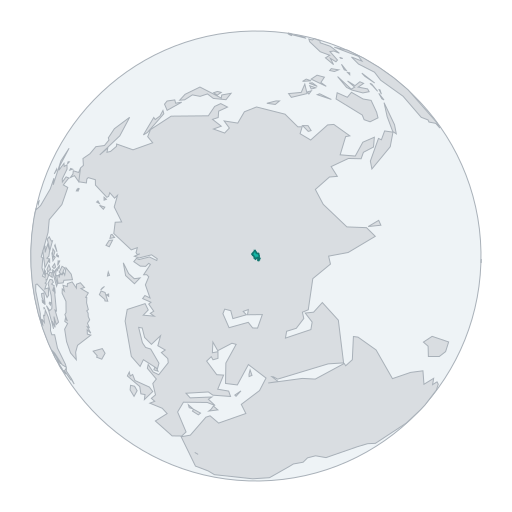 Osh highlighted on a globe, orthographic projection, rotated 269°
{"feature_id": "KGZ-1122", "entity_name": "Osh", "entity_type": "Region", "adm_level": 1, "iso_a3": "KGZ", "parent_name": "Kyrgyzstan", "parent_adm1": "", "projection": "orthographic", "projection_center": [73.025, 40.164], "detail": "fine", "context": "on_globe", "style": "filled", "palette": "teal", "viewbox_px": 512, "rotation_deg": 269, "n_neighbors": 0, "source": "natural_earth", "source_scale": "10m", "svg_char_len": 13013}
<svg xmlns="http://www.w3.org/2000/svg" viewBox="0 0 512 512"><g transform="rotate(269 256 256)"><circle cx="256" cy="256" r="225" fill="#eef3f6" stroke="#a8b0b8"/><path d="M296.5,34.4L296.4,34.4L301.9,35.6L305.7,36.5L310.2,41.5L326.7,51.5L337.3,55.3L330.7,54.5L354.5,62.6L367.0,71.0L349.6,61.4L345.2,60.4L351.9,65.6L348.9,65.8L350.4,68.6L346.2,68.6L336.4,63.6L333.4,63.7L338.4,67.5L337.3,70.2L330.4,64.6L327.8,69.0L310.8,62.8L296.0,49.9L283.2,48.5L258.9,41.2L257.7,42.8L247.8,41.8L242.7,43.4L239.6,42.1L238.2,44.6L242.0,45.5L242.7,47.0L240.0,48.2L235.7,46.6L236.3,45.7L233.7,45.9L232.6,44.7L231.7,46.0L226.7,44.3L227.7,47.8L220.4,48.0L218.2,46.4L223.6,44.2L231.8,36.6L231.3,35.3L225.0,35.1L202.2,39.3L199.4,39.2L191.8,40.8L190.9,41.6L196.6,40.8L193.1,43.3L200.4,42.6L200.0,43.7L205.5,44.4L199.0,47.1L189.8,49.5L185.0,49.2L180.8,50.5L180.8,53.3L167.4,55.9L151.0,63.6L148.1,64.3L150.7,60.2L162.3,53.1L165.7,49.9L157.7,55.0L150.7,57.6L147.2,59.5L144.2,61.5L144.6,61.8L141.1,63.6L147.6,58.7L150.9,56.9L148.8,58.3L154.2,55.3L157.8,53.3L172.2,46.9L187.1,41.5L202.3,37.2L217.8,34.0L233.5,31.8L249.3,30.8L265.1,30.9L280.9,32.1L296.5,34.4ZM299.5,35.0L303.5,35.8L307.9,37.1L302.3,35.7L298.7,34.8L299.5,35.0ZM314.8,40.1L311.3,39.2L312.6,38.7L314.2,39.4L314.8,40.1ZM345.6,58.3L341.6,55.7L346.5,58.2L345.6,58.3ZM351.4,69.1L353.5,69.8L353.4,71.0L351.4,69.1ZM208.6,43.0L207.1,43.7L206.9,43.2L208.6,43.0ZM212.5,42.8L213.4,41.7L215.3,41.5L214.7,42.2L212.5,42.8ZM346.8,72.2L346.0,74.2L345.1,71.3L346.8,72.2ZM210.9,44.3L218.7,41.2L222.1,40.9L222.7,43.3L210.9,44.3ZM344.4,74.8L342.6,80.1L347.1,82.1L333.3,80.1L339.5,75.9L337.7,71.8L341.2,74.4L344.4,74.8ZM244.4,45.3L240.2,44.4L246.1,44.1L244.4,45.3ZM248.0,44.8L265.1,42.9L269.9,45.3L263.2,45.2L271.3,47.8L265.2,49.8L259.4,48.9L257.5,46.9L256.6,49.3L248.0,44.8ZM326.0,78.4L324.1,79.2L324.2,77.5L326.0,78.4ZM243.4,47.6L246.4,46.8L250.8,48.8L245.5,50.6L245.8,49.4L243.4,47.6ZM276.5,47.6L278.8,49.6L274.5,51.7L274.8,52.8L265.5,50.1L276.5,47.6ZM243.5,49.6L242.7,51.6L238.2,51.9L240.7,48.5L243.5,49.6ZM254.1,48.5L256.0,49.6L253.2,49.6L254.1,48.5ZM222.0,54.6L225.6,53.3L228.1,54.1L222.0,54.6ZM242.7,52.4L244.3,52.3L245.7,52.6L244.3,54.0L242.7,52.4ZM263.1,51.9L260.8,52.5L266.7,53.1L263.7,55.0L258.1,52.9L259.2,54.6L258.3,55.2L254.7,52.9L263.1,51.9ZM247.1,56.4L238.9,54.9L231.8,56.9L229.3,56.1L241.2,53.0L247.1,56.4ZM251.9,54.5L248.4,55.4L247.1,53.8L248.7,52.2L251.9,54.5ZM263.7,57.1L269.8,54.8L270.8,55.3L263.7,57.1ZM245.3,57.2L247.3,57.6L244.9,57.5L245.3,57.2ZM258.4,57.4L260.3,56.4L261.5,57.1L258.4,57.4ZM249.7,59.3L247.0,58.8L248.0,57.6L249.7,59.3ZM253.9,58.7L254.9,59.9L250.0,57.5L254.6,58.1L253.9,58.7ZM259.1,58.2L260.4,58.3L258.1,58.6L259.1,58.2ZM247.4,64.5L241.0,61.7L243.2,59.0L249.1,61.9L247.4,64.5ZM33.3,248.7L38.1,210.6L41.9,204.5L47.0,191.8L76.6,178.0L78.0,187.2L95.7,203.1L97.0,207.3L89.6,215.7L98.7,243.1L107.9,238.7L121.4,257.2L133.8,263.9L147.6,246.5L127.4,235.1L129.1,223.3L149.5,224.0L168.0,234.6L169.2,230.4L162.0,216.1L170.7,211.4L160.0,210.7L161.0,216.3L154.3,216.2L153.0,211.2L156.1,209.5L151.8,204.8L138.0,214.7L137.5,221.5L123.5,215.4L121.4,226.3L116.0,228.1L117.6,210.5L120.9,206.0L120.0,183.6L115.3,187.7L115.8,209.4L113.6,205.9L107.2,212.5L110.4,204.8L111.1,180.9L101.4,174.9L81.3,183.0L77.3,178.6L77.6,169.0L92.8,152.5L100.0,164.4L105.4,159.6L110.7,147.3L112.5,152.2L115.5,148.9L118.9,153.1L130.3,150.6L134.7,154.2L145.6,145.4L149.4,146.3L141.8,151.1L139.0,156.7L150.8,166.4L155.0,166.0L161.1,159.7L163.6,163.6L168.0,156.3L178.0,159.2L169.5,149.9L176.5,143.2L186.0,141.0L186.7,137.4L171.3,140.9L166.5,144.0L164.8,149.1L150.5,157.1L145.0,155.5L154.3,141.6L147.6,138.2L157.8,129.6L193.2,124.0L204.8,126.3L210.3,144.3L203.9,147.3L198.8,142.2L197.6,153.3L200.5,149.3L202.6,152.8L209.8,147.9L211.6,150.2L215.4,141.9L218.4,144.2L215.9,149.3L229.1,144.9L237.1,148.4L239.2,146.4L239.2,143.3L249.4,150.3L250.5,148.6L247.6,145.5L247.9,140.1L252.5,133.7L255.7,136.4L254.5,139.1L256.9,149.4L253.2,156.7L255.0,157.2L259.0,151.6L256.1,139.0L257.9,134.4L260.2,139.9L259.5,137.5L261.4,136.1L266.4,137.5L264.3,131.4L281.0,114.2L292.2,115.8L292.4,122.3L307.5,115.1L319.1,118.6L316.3,115.6L321.8,110.9L318.2,109.7L317.3,107.9L329.7,96.7L335.1,96.7L337.3,89.6L335.9,88.2L332.0,87.7L333.3,80.1L347.1,82.1L349.6,85.0L356.5,84.7L361.1,91.7L368.1,97.8L369.1,106.4L374.5,111.0L376.7,110.4L385.7,116.6L396.9,132.1L378.5,121.9L359.8,101.5L366.6,109.7L362.3,108.8L363.1,112.4L368.1,118.5L370.4,118.6L364.3,134.9L371.0,154.7L377.2,149.8L384.2,152.7L397.3,173.6L397.0,210.8L406.3,217.3L409.0,223.4L405.4,230.1L401.5,221.2L395.1,220.6L393.4,214.9L386.4,223.5L383.7,215.7L379.5,226.8L384.4,231.6L391.6,226.5L389.2,240.1L400.4,246.9L405.0,259.1L397.3,287.5L384.4,300.1L384.4,304.4L377.5,302.2L371.0,312.7L385.8,329.9L386.2,336.1L374.5,351.9L373.8,347.7L355.7,341.9L354.2,357.0L367.9,364.8L372.7,376.4L362.9,375.4L357.8,365.2L351.4,362.8L351.9,350.1L344.1,332.7L334.2,338.7L333.7,330.8L321.5,316.5L306.5,324.1L283.5,347.4L282.4,367.0L273.6,375.6L257.9,348.2L254.6,328.6L246.6,330.3L232.4,312.4L201.3,307.3L199.0,301.4L192.7,302.7L183.0,295.0L180.2,285.3L173.4,284.0L181.5,309.6L189.0,311.0L198.1,304.2L198.8,312.6L208.3,321.5L190.4,337.2L147.6,341.7L146.9,326.3L132.5,275.5L134.9,271.3L135.0,270.7L135.1,269.7L130.1,276.0L128.8,266.0L132.8,300.3L131.9,313.1L147.0,342.3L144.7,343.8L150.6,350.5L173.8,352.0L173.1,356.6L160.0,374.4L131.0,390.3L136.9,408.5L138.3,420.9L124.8,421.7L130.6,431.5L124.3,430.3L127.0,434.8L124.6,436.0L118.8,434.0L103.9,422.2L99.3,417.7L86.3,403.3L66.6,372.1L66.4,364.3L63.5,353.9L53.2,322.5L55.2,312.1L53.3,304.0L49.0,299.5L47.4,289.7L45.1,285.8L34.1,265.6L33.3,248.7ZM60.7,191.3L58.6,194.7L60.7,191.3ZM183.9,256.3L197.3,261.3L197.4,246.5L202.6,247.4L200.8,242.2L197.4,245.4L193.8,231.8L201.8,229.8L203.4,223.8L198.9,221.9L184.8,227.8L189.8,247.1L184.1,251.4L183.9,256.3ZM150.4,57.8L149.7,58.3L146.3,60.4L147.0,59.7L150.4,57.8ZM136.5,69.4L131.1,72.0L135.5,69.4L135.4,68.6L144.5,62.5L147.2,64.4L144.3,64.4L136.5,69.4ZM157.5,55.6L151.4,58.8L158.0,55.3L157.5,55.6ZM128.9,128.3L127.9,132.3L123.4,134.8L117.8,131.6L124.3,127.8L128.9,128.3ZM127.5,137.5L138.3,125.3L142.2,127.3L138.2,128.1L139.7,130.6L133.6,132.8L126.8,147.1L122.3,150.4L114.4,141.9L119.4,142.6L120.2,138.5L127.5,137.5ZM159.0,95.5L163.7,91.5L166.1,100.7L161.4,103.4L155.5,100.0L157.6,94.9L159.0,95.5ZM210.5,49.6L212.2,48.4L213.4,48.7L213.0,50.0L210.5,49.6ZM223.5,54.0L204.5,55.5L205.5,54.1L193.3,57.4L191.0,55.1L199.0,52.9L188.1,53.9L194.4,51.1L186.7,52.3L204.7,47.8L210.0,45.6L205.0,48.8L206.9,50.9L209.4,51.1L220.1,50.5L232.3,47.6L236.2,49.6L235.7,51.9L233.3,52.9L231.5,51.1L229.7,53.8L225.3,52.1L223.5,54.0ZM227.5,84.0L226.5,80.4L222.0,87.7L217.6,85.0L217.4,86.1L212.1,85.8L205.3,87.4L204.1,85.8L201.9,87.1L198.4,87.2L195.1,88.6L191.7,86.3L187.4,88.0L188.3,86.0L181.7,89.5L185.1,85.9L180.8,86.0L179.8,89.5L169.8,76.0L163.0,74.0L155.4,74.5L162.3,68.9L173.7,65.1L186.2,63.4L191.8,66.5L193.9,63.7L197.2,64.4L194.2,66.3L200.8,63.9L202.7,65.1L213.9,65.2L222.2,61.5L226.5,61.7L224.2,63.8L230.1,62.5L228.7,66.7L231.7,67.0L233.3,71.7L227.0,75.9L230.9,76.0L232.3,79.9L227.5,84.0ZM247.6,65.8L241.1,70.9L235.5,72.1L235.1,63.5L232.5,62.7L232.1,57.7L240.2,56.2L239.6,57.7L240.8,58.8L237.8,58.8L241.2,59.7L240.5,61.9L242.9,63.2L240.2,64.4L247.6,65.8ZM101.8,206.1L103.5,208.4L106.7,210.8L102.8,215.2L101.8,206.1ZM102.0,189.8L103.9,190.8L99.9,197.8L98.2,195.6L102.0,189.8ZM108.4,185.8L104.3,190.3L105.5,186.6L108.4,185.8ZM144.0,151.9L146.5,152.8L145.4,154.6L142.5,156.0L144.0,151.9ZM213.4,107.0L213.7,104.2L215.3,104.0L220.1,98.7L223.7,100.5L222.2,104.4L213.4,107.0ZM142.2,248.1L136.7,249.9L135.6,247.0L137.8,246.9L142.2,248.1ZM117.3,232.4L121.4,238.6L116.1,233.6L117.3,232.4ZM218.2,108.0L219.8,105.6L220.6,108.0L218.2,108.0ZM226.6,101.6L228.2,104.0L224.7,100.1L226.6,101.6ZM245.1,481.0L245.4,481.0L249.0,481.2L245.8,481.0L245.1,481.0ZM172.6,430.7L166.7,447.1L157.1,443.9L152.3,437.5L152.5,426.6L162.8,426.5L167.0,421.9L172.6,430.7ZM415.6,384.2L420.2,382.0L419.9,382.9L415.6,384.2ZM411.0,384.6L416.5,381.6L409.8,386.7L411.0,384.6ZM418.5,380.5L424.1,375.7L426.6,372.9L425.9,374.7L418.5,380.5ZM407.1,386.7L384.8,396.8L375.7,398.4L378.1,394.9L393.0,389.6L407.1,386.7ZM377.4,395.1L362.9,392.1L341.0,373.4L348.9,372.0L371.4,380.5L370.0,383.4L378.8,386.8L377.4,395.1ZM411.1,365.8L409.6,373.8L397.6,379.1L392.0,380.4L388.2,372.4L390.4,366.5L395.1,364.7L411.6,338.8L417.8,340.0L413.1,350.1L418.0,354.3L411.1,365.8ZM283.5,368.7L289.5,379.3L284.6,381.4L283.5,368.7ZM417.1,322.5L411.2,334.1L416.2,320.1L417.1,322.5ZM419.2,310.3L420.2,314.2L417.0,311.7L419.2,310.3ZM385.4,310.3L380.4,313.3L379.7,310.4L385.6,304.8L385.4,310.3ZM408.5,269.5L410.7,278.7L410.6,282.2L407.2,277.9L408.5,269.5ZM251.5,123.2L240.7,128.3L235.4,133.9L236.1,139.7L230.4,134.0L238.7,125.3L251.5,123.2ZM277.0,114.9L276.2,110.3L279.6,111.2L280.2,112.4L277.0,114.9ZM274.4,112.9L267.8,109.4L269.3,106.2L274.2,109.5L274.4,112.9ZM242.7,108.0L239.2,109.2L238.6,107.1L242.7,108.0ZM419.8,410.6L419.4,411.0L386.4,439.0L380.7,442.1L385.5,438.0L386.9,431.3L389.1,430.3L391.8,423.6L413.2,405.8L429.6,383.7L437.7,377.7L446.1,361.9L453.3,354.9L449.0,365.4L453.8,362.0L463.4,337.9L460.2,351.1L452.0,367.1L442.4,382.5L431.7,397.0L419.8,410.6ZM426.9,377.7L433.8,367.9L437.0,365.0L426.9,377.7ZM478.3,292.2L478.3,292.7L478.4,292.1L478.4,291.9L478.3,292.2ZM471.0,316.1L472.3,318.1L470.1,323.6L468.0,324.0L464.4,333.9L457.3,342.9L459.6,337.4L459.1,333.5L450.5,340.9L448.8,339.3L452.3,333.8L446.0,336.9L452.9,328.9L455.4,333.2L459.1,323.8L464.6,318.2L469.2,313.5L472.0,312.6L471.0,316.1ZM452.1,344.3L453.2,343.1L452.0,346.2L452.1,344.3ZM477.9,292.8L478.1,293.2L477.9,294.4L477.7,295.3L477.9,292.8ZM472.8,309.9L476.2,297.4L476.7,295.8L474.4,306.9L472.8,309.9ZM475.8,295.3L476.9,292.9L477.3,294.4L477.0,295.9L475.8,295.3ZM437.9,350.7L437.5,352.9L435.6,352.9L437.9,350.7ZM440.6,347.5L446.2,344.8L439.9,349.6L440.6,347.5ZM421.2,354.1L423.1,357.6L429.4,350.6L424.6,358.0L428.4,362.9L426.7,366.6L423.1,361.1L421.1,370.5L418.3,372.0L417.2,365.7L420.2,355.0L423.0,349.5L434.0,340.7L421.2,354.1ZM440.7,341.9L439.1,337.6L440.2,332.9L442.0,334.5L440.7,341.9ZM433.6,327.5L428.4,323.9L424.4,329.2L431.9,314.2L435.7,320.2L433.6,327.5ZM428.2,315.3L424.5,320.2L427.9,312.1L428.2,315.3ZM423.1,318.6L422.0,314.1L425.3,312.7L423.1,318.6ZM430.2,314.2L429.8,305.6L432.0,309.3L430.2,314.2ZM418.8,304.1L427.0,307.8L417.5,309.9L414.0,294.1L417.8,291.4L418.8,304.1ZM420.2,224.1L417.5,220.0L420.0,216.5L421.2,220.3L420.2,224.1ZM425.9,202.9L419.8,214.3L414.5,224.0L417.6,224.6L419.1,233.9L412.8,228.7L414.3,216.1L418.9,210.3L416.6,202.9L418.2,195.2L413.4,187.4L413.1,182.4L418.9,187.9L425.9,202.9ZM411.1,184.4L403.2,169.7L409.4,167.2L412.5,169.8L413.5,177.5L410.2,178.3L411.1,184.4ZM403.1,165.5L399.8,166.3L381.4,149.6L379.0,145.5L396.3,156.2L394.2,157.6L397.6,162.4L403.1,165.5ZM326.3,80.4L324.3,79.3L326.7,79.5L326.3,80.4ZM315.3,107.4L314.5,105.1L317.4,105.1L315.3,107.4ZM313.9,98.9L311.2,100.4L312.7,97.6L313.9,98.9ZM305.4,104.2L309.4,100.4L307.5,105.7L305.4,104.2Z" fill="#d9dde1" stroke="#a8b0b8" stroke-width="1"/><path d="M261.4,254.6L261.3,254.8L261.3,255.0L261.5,255.2L261.5,255.3L261.4,255.3L261.2,255.3L260.9,255.5L260.7,255.6L260.4,255.9L260.0,256.2L259.9,256.2L259.8,256.3L259.6,256.2L259.4,256.2L259.3,256.3L259.2,256.3L258.9,256.4L258.9,256.5L258.8,256.8L258.7,256.8L258.6,257.0L258.5,257.3L258.4,257.3L258.4,257.5L258.5,257.7L258.6,257.8L258.7,258.0L258.7,258.3L258.5,258.5L258.4,258.7L257.8,258.8L257.5,258.7L257.4,258.7L257.0,258.8L256.9,258.9L256.9,259.0L256.7,259.1L256.4,259.2L256.2,259.2L255.9,259.2L255.7,259.2L255.4,259.2L254.9,259.0L254.7,259.1L254.4,259.1L254.2,259.2L253.9,259.3L253.7,259.5L253.6,259.8L253.5,259.7L253.4,259.6L253.2,259.5L253.1,259.4L253.1,259.2L252.9,259.2L252.7,259.2L252.4,259.4L252.3,259.5L252.2,259.5L252.1,259.4L252.0,259.2L252.1,258.9L252.1,258.7L251.7,258.8L251.4,258.7L251.5,258.4L251.4,258.2L251.5,258.1L251.5,257.9L251.8,257.8L251.9,257.7L252.0,257.7L252.2,257.8L252.3,257.8L252.7,257.9L252.8,257.9L252.9,258.0L253.0,258.0L253.3,258.0L253.6,258.1L253.8,258.0L254.0,257.9L254.3,257.8L254.5,257.7L254.5,257.4L254.4,257.3L254.4,257.2L254.2,257.2L254.0,256.9L253.9,256.9L253.8,256.7L253.8,256.4L253.7,256.3L253.7,256.2L253.5,255.9L253.6,255.7L253.2,255.5L252.9,255.6L252.8,255.4L253.1,255.3L253.1,255.2L253.4,254.8L253.5,254.8L253.6,255.0L253.8,255.0L254.0,255.1L254.2,254.9L254.0,254.7L254.0,254.4L254.1,254.2L254.2,254.3L254.3,254.4L254.4,254.5L254.5,254.5L254.8,254.6L254.9,254.4L255.0,254.4L255.2,254.1L255.3,254.0L255.6,253.9L255.9,253.8L256.1,253.6L256.3,253.6L256.4,253.4L256.5,253.2L256.7,252.9L256.7,252.7L256.8,252.7L257.0,252.6L257.3,252.4L257.7,252.4L257.8,252.3L257.8,252.2L258.0,252.3L257.7,252.6L257.8,252.7L257.8,252.8L258.0,252.9L258.1,252.7L258.3,252.5L258.4,252.3L258.5,252.2L258.6,252.3L258.6,252.5L259.0,252.8L259.4,253.2L259.5,253.2L259.5,253.3L259.6,253.5L259.8,253.6L259.9,253.8L260.0,253.9L260.1,254.0L260.6,254.1L260.7,254.3L260.9,254.5L261.0,254.5L261.3,254.6L261.4,254.6Z" fill="#14b8a6" stroke="#0f766e" stroke-width="1.5"/></g></svg>